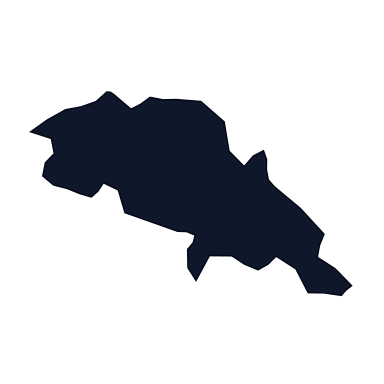 outline of Ialoveni, rotated 183°
{"feature_id": "MDA-1640", "entity_name": "Ialoveni", "entity_type": "District", "adm_level": 1, "iso_a3": "MDA", "parent_name": "Moldova", "parent_adm1": "", "projection": "natural_earth1", "projection_center": [28.789, 46.926], "detail": "fine", "context": "isolated", "style": "filled", "palette": "ink", "viewbox_px": 384, "rotation_deg": 183, "n_neighbors": 0, "source": "natural_earth", "source_scale": "10m", "svg_char_len": 877}
<svg xmlns="http://www.w3.org/2000/svg" viewBox="0 0 384 384"><g transform="rotate(183 192 192)"><path d="M122.8,236.9L119.3,228.4L118.9,218.2L116.5,208.2L110.3,201.7L83.1,181.3L58.0,156.8L61.9,145.6L63.5,133.3L45.1,122.8L27.8,106.8L33.2,102.1L37.5,96.6L55.1,98.2L70.7,97.6L84.2,120.7L104.7,132.4L112.4,123.9L122.0,117.8L135.7,122.7L148.8,130.4L171.3,129.4L183.4,103.9L192.0,116.2L193.3,134.5L188.0,141.6L186.6,149.1L195.1,152.2L204.5,152.1L257.8,167.9L265.7,190.2L281.0,196.6L286.0,188.0L292.3,181.8L304.1,184.6L316.7,189.0L330.6,191.8L341.8,200.2L339.9,213.5L331.5,223.2L335.2,238.1L356.2,243.7L339.9,256.6L322.6,267.5L307.1,271.2L292.4,277.3L282.3,287.4L278.7,287.3L275.3,285.3L257.3,271.5L248.1,276.7L238.8,284.3L225.7,282.5L212.7,283.5L187.9,282.8L163.6,263.7L157.2,234.7L141.2,220.1L132.6,231.2L122.8,236.9Z" fill="#0f172a" stroke="#020617" stroke-width="1.5"/></g></svg>